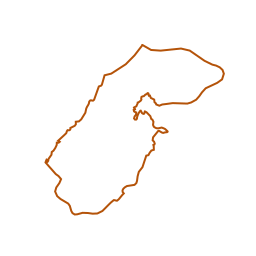 outline of West Bank, rotated 214°
{"feature_id": "WEB+00?", "entity_name": "West Bank", "entity_type": "state/province", "adm_level": 1, "iso_a3": "PSE", "parent_name": "Palestine", "parent_adm1": "", "projection": "mercator", "projection_center": [35.24, 31.944], "detail": "fine", "context": "isolated", "style": "outline", "palette": "amber", "viewbox_px": 256, "rotation_deg": 214, "n_neighbors": 0, "source": "natural_earth", "source_scale": "10m", "svg_char_len": 2520}
<svg xmlns="http://www.w3.org/2000/svg" viewBox="0 0 256 256"><g transform="rotate(214 128 128)"><path d="M126.6,26.5L128.6,27.5L132.7,30.9L135.3,31.9L144.3,31.4L148.6,31.9L152.9,34.6L154.2,38.6L154.1,43.9L154.9,48.2L158.7,49.3L162.1,49.4L165.5,50.3L177.1,53.3L177.5,54.6L177.8,56.2L176.9,56.2L176.9,55.0L175.8,55.0L175.8,56.2L176.6,57.9L176.5,63.0L177.8,65.5L177.1,67.5L177.1,70.7L177.6,74.0L178.8,76.0L178.1,76.4L177.5,76.8L177.1,77.5L176.9,78.4L178.8,78.4L176.9,86.4L176.3,89.2L176.9,91.2L176.9,92.4L175.7,93.0L175.1,93.8L175.1,94.7L175.8,95.8L173.4,100.0L173.3,101.9L174.8,104.0L172.4,106.0L171.6,109.0L171.9,116.8L173.5,120.8L173.8,122.6L173.9,124.9L174.1,126.3L174.9,128.2L174.8,129.5L174.2,130.3L173.2,130.6L172.3,131.1L171.9,132.5L175.4,146.1L173.9,148.2L173.9,149.4L176.9,158.6L172.3,163.7L168.7,172.1L165.5,179.6L163.2,191.9L162.4,204.4L162.4,204.7L162.5,204.8L162.4,204.9L152.5,205.6L144.2,210.4L128.5,223.5L120.1,226.7L102.1,226.5L93.5,227.7L89.9,229.0L85.9,229.6L82.1,229.0L78.9,226.6L77.2,220.9L79.3,215.3L85.8,204.4L86.6,198.9L86.7,194.2L87.3,189.6L89.6,185.1L89.9,184.5L92.5,181.4L104.9,173.6L109.8,169.2L112.8,166.6L114.5,164.0L117.8,163.3L118.6,164.0L120.4,164.2L122.2,166.2L125.9,165.7L127.9,167.1L128.6,166.4L129.2,166.7L129.7,167.5L130.6,168.1L131.3,167.8L131.5,166.4L132.2,165.6L132.7,163.2L133.5,162.5L134.2,161.4L133.7,160.0L132.8,159.1L132.7,157.8L133.5,155.5L134.2,154.5L133.8,154.0L133.6,152.6L133.2,150.6L133.9,149.5L134.5,148.3L133.8,147.8L132.9,147.7L132.6,147.4L133.4,146.2L132.9,145.7L132.3,145.2L131.6,145.1L129.9,145.5L129.1,144.2L128.8,143.0L129.0,141.3L128.3,139.3L126.9,138.9L125.9,139.6L125.8,140.7L126.5,142.0L127.0,143.7L127.5,146.1L127.5,148.7L127.4,149.3L127.1,149.5L124.7,148.2L123.7,148.2L122.8,148.5L122.6,149.3L123.1,150.3L123.2,151.2L121.4,151.4L116.1,150.3L113.8,148.5L112.5,148.6L110.4,147.4L109.0,144.6L107.3,143.5L105.6,143.5L104.4,143.7L102.9,144.5L100.3,147.2L98.2,147.7L96.6,147.9L93.5,147.4L93.1,147.1L93.3,146.4L94.9,145.0L96.1,143.6L97.3,143.2L100.7,143.0L101.3,142.4L102.0,134.3L100.7,131.6L98.7,131.2L97.1,130.0L96.9,129.1L97.5,128.1L96.5,127.3L94.4,124.4L96.0,122.4L96.2,119.8L95.9,116.9L97.4,115.3L94.1,103.6L94.5,97.7L93.0,93.3L91.0,89.3L90.3,87.1L90.8,84.5L96.4,79.3L97.4,77.2L97.9,75.1L97.7,73.3L96.7,72.0L94.9,71.4L95.3,69.2L95.8,63.8L96.4,61.7L97.0,61.3L98.9,60.6L99.5,60.2L100.5,56.7L101.1,53.8L102.8,44.9L105.6,40.0L109.4,37.2L113.7,35.1L118.2,32.3L121.8,28.1L123.8,26.5L126.4,26.4L126.6,26.5Z" fill="none" stroke="#b45309" stroke-width="2"/></g></svg>